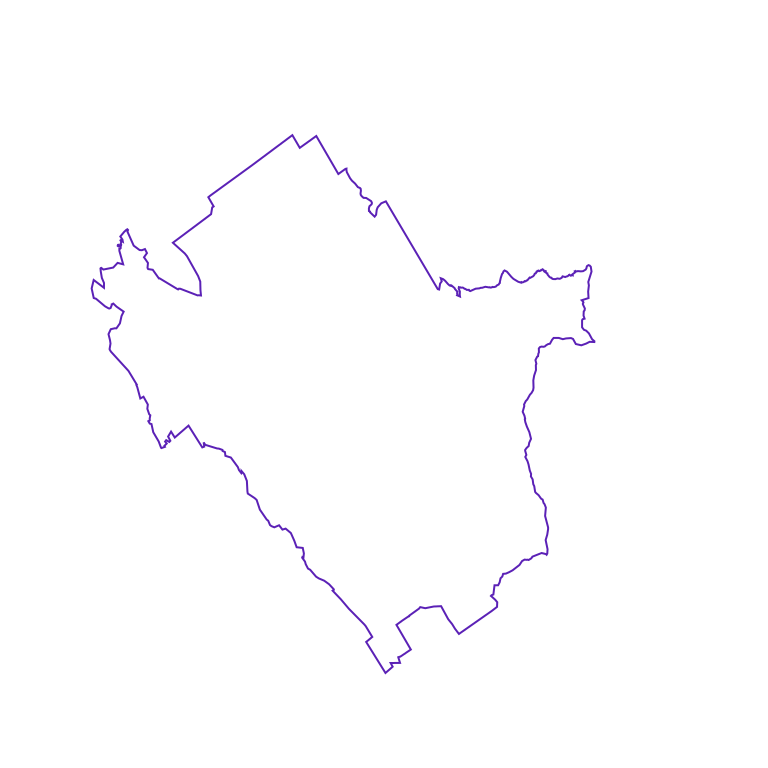 outline of Rendas pag., Kuldigas, Latvia, rotated 66°
{"feature_id": "27541924B10762740243269", "entity_name": "Rendas pag.", "entity_type": "district", "adm_level": 2, "iso_a3": "LVA", "parent_name": "Latvia", "parent_adm1": "Kuldigas", "projection": "robinson", "projection_center": [22.21, 57.075], "detail": "fine", "context": "isolated", "style": "outline", "palette": "violet", "viewbox_px": 768, "rotation_deg": 66, "n_neighbors": 0, "source": "geoboundaries", "source_scale": "gbopen_adm2", "svg_char_len": 6153}
<svg xmlns="http://www.w3.org/2000/svg" viewBox="0 0 768 768"><g transform="rotate(66 384 384)"><path d="M635.1,377.6L633.6,371.4L629.4,369.3L626.2,370.2L621.1,372.5L620.7,371.7L620.8,369.7L612.8,364.9L614.3,361.6L612.2,359.0L608.9,356.6L608.0,354.2L605.9,352.4L606.8,349.7L606.8,346.2L606.5,342.3L604.4,333.8L601.9,329.9L601.6,327.0L602.6,325.3L602.9,324.3L603.6,323.5L603.2,320.4L602.1,318.6L602.5,308.8L605.3,305.2L606.1,304.9L605.3,303.8L601.5,301.8L592.3,299.8L588.1,296.2L583.3,293.1L581.7,292.4L570.1,290.5L562.7,286.4L559.1,286.2L557.6,286.6L554.1,286.1L552.7,287.1L548.4,288.0L545.3,289.5L544.0,289.8L538.4,288.3L536.3,288.4L531.6,287.0L528.2,287.4L526.0,286.2L522.3,286.0L516.3,284.7L512.9,284.3L508.1,284.6L506.7,282.8L502.4,282.2L501.6,281.8L500.4,279.7L499.5,277.1L496.7,275.2L493.9,272.0L487.1,270.8L481.0,270.8L476.4,270.4L473.4,269.7L473.2,269.2L470.1,268.6L465.8,268.6L461.2,264.8L459.7,264.4L457.9,262.2L457.3,261.5L456.4,259.4L453.1,255.0L452.2,252.9L450.3,250.3L448.2,248.9L441.4,246.1L437.4,243.4L433.1,239.5L428.5,237.6L427.5,236.6L423.7,235.9L421.3,232.9L421.3,232.0L419.1,230.7L418.1,229.6L414.5,228.1L413.7,226.4L413.9,224.9L414.9,223.1L415.1,221.8L414.5,219.9L414.3,217.8L414.7,216.0L412.0,212.5L410.9,210.3L413.0,205.6L415.8,202.4L416.4,199.2L418.1,194.5L419.7,193.0L425.5,192.5L428.9,188.0L429.3,182.9L429.1,179.0L431.2,174.8L430.5,174.4L427.7,175.7L421.1,176.2L417.5,177.6L415.8,179.3L412.8,180.0L406.3,177.1L405.6,176.1L405.9,174.2L402.7,173.9L398.9,172.0L398.3,170.8L396.7,169.8L392.1,169.9L391.2,169.5L390.8,168.7L389.8,168.6L387.9,169.3L388.7,162.2L382.6,159.9L377.2,156.7L373.9,155.9L365.7,148.7L361.0,147.4L359.5,147.9L358.6,148.8L358.8,150.4L359.2,151.0L360.7,152.1L361.5,153.2L361.9,156.2L361.2,158.3L359.7,161.0L359.4,162.8L358.9,163.0L359.1,163.3L358.7,163.9L359.8,164.3L360.4,167.1L361.5,167.4L360.8,168.3L361.1,169.0L361.0,169.4L359.6,170.1L359.6,170.7L360.0,171.4L360.2,172.7L360.0,173.5L360.0,174.9L358.3,177.1L359.2,178.4L359.4,180.0L359.3,180.8L358.1,182.7L357.9,184.8L356.8,187.0L355.9,187.7L355.0,187.8L354.6,188.6L353.4,189.3L350.4,190.1L349.4,189.8L349.2,190.2L347.7,191.0L346.8,190.3L346.4,190.7L346.8,191.5L346.7,191.7L345.2,192.1L344.6,191.9L343.7,192.5L343.9,193.1L343.7,193.8L344.1,194.2L343.9,194.9L344.2,195.6L344.0,196.4L343.2,196.8L343.3,197.4L343.1,197.8L343.6,198.4L343.4,198.9L344.6,200.3L344.5,201.4L345.5,202.4L346.2,203.8L346.5,207.3L346.0,207.7L347.6,210.9L347.4,211.6L347.8,212.9L347.2,213.7L347.7,214.9L347.4,216.5L346.9,216.9L347.1,217.3L346.7,217.4L346.8,218.0L345.2,219.8L340.6,223.0L337.9,224.1L331.4,226.0L329.3,227.7L329.7,229.0L331.0,230.3L331.5,231.4L334.6,234.2L337.8,236.6L338.8,237.0L338.9,237.6L339.8,238.8L339.8,240.5L340.5,242.3L340.2,244.2L339.4,245.5L339.6,246.3L339.1,247.8L338.6,248.1L338.4,248.9L336.4,251.9L336.0,255.3L335.5,256.3L335.4,258.0L334.2,261.5L334.2,267.4L333.6,268.0L332.5,268.1L331.7,270.1L330.2,271.0L329.8,271.7L328.4,272.4L327.8,273.1L327.3,274.6L326.5,275.2L326.4,275.8L326.0,276.2L327.0,276.9L330.4,277.1L333.5,278.6L335.0,279.0L332.6,281.2L331.8,280.3L330.7,280.3L329.6,279.4L326.2,280.5L325.1,280.5L321.4,282.3L321.2,282.5L321.7,282.8L320.7,284.0L318.7,284.9L314.5,286.2L312.3,287.3L310.5,289.1L313.7,289.5L315.1,291.9L320.1,295.2L319.2,296.3L217.9,308.0L217.8,313.0L220.0,317.9L221.9,319.8L226.2,322.4L227.3,324.5L221.4,326.9L220.8,326.6L219.9,327.4L217.5,326.4L215.7,325.0L214.8,322.3L214.2,321.7L213.3,321.3L211.7,321.4L206.8,324.6L205.6,327.0L203.3,328.0L201.7,328.3L200.3,327.9L198.1,326.5L196.1,325.9L195.2,326.2L193.5,327.8L189.1,328.9L185.2,330.6L182.2,331.3L175.4,331.8L173.2,331.3L172.0,330.7L171.8,331.7L173.6,340.3L129.9,345.0L134.0,364.9L119.4,366.5L130.7,416.5L141.2,465.9L141.9,468.5L152.5,467.4L152.8,469.1L158.5,472.9L169.1,519.4L183.7,512.9L187.1,512.0L209.8,509.9L215.7,510.2L223.6,513.5L228.7,515.2L227.6,517.1L227.2,518.3L214.1,531.4L213.5,532.6L213.9,533.5L213.6,533.9L196.1,546.1L196.0,546.7L185.6,548.8L183.1,552.7L181.7,552.8L177.4,550.4L170.6,551.7L168.0,547.3L163.5,547.5L163.3,550.8L162.2,552.8L155.8,556.4L140.4,556.4L139.2,555.2L138.2,555.6L138.4,556.8L139.3,559.4L142.0,564.9L145.7,564.2L147.7,564.7L144.8,566.4L147.4,566.2L148.7,567.5L149.5,567.3L150.6,567.9L150.7,568.3L148.7,570.1L148.7,570.5L149.3,571.0L149.6,571.1L150.5,570.5L151.2,569.0L151.6,568.8L152.8,569.3L153.1,570.0L152.9,570.8L154.7,571.6L168.6,573.6L165.0,578.1L167.5,584.0L165.3,593.8L162.9,595.1L162.9,595.6L163.1,596.0L166.1,597.0L172.3,598.6L177.8,598.7L182.2,600.7L170.9,606.9L177.8,612.2L187.4,614.2L189.0,612.4L199.5,607.3L202.8,604.9L203.3,604.3L203.4,602.9L200.9,600.3L200.5,600.3L200.4,598.6L204.5,596.9L212.0,592.4L215.1,596.1L221.2,600.6L224.3,605.8L223.6,607.3L222.8,611.3L226.4,615.4L232.6,616.5L235.8,617.4L240.5,620.5L241.1,620.6L243.4,620.3L268.1,612.1L284.0,610.1L284.1,610.6L286.7,610.7L298.1,612.5L297.8,608.9L306.7,608.1L310.4,610.3L316.2,610.8L317.5,610.2L320.1,612.0L322.0,612.8L322.1,614.4L324.9,614.1L326.0,612.7L334.2,614.4L344.9,613.2L351.5,613.6L352.0,613.4L352.3,609.7L351.2,609.8L350.0,606.7L347.6,607.4L346.7,605.8L349.6,603.7L349.0,602.3L344.2,602.6L340.9,597.9L347.8,596.9L342.5,579.5L368.0,575.8L368.1,573.7L364.0,572.5L366.9,572.0L375.0,562.7L375.9,561.1L378.5,558.4L379.5,558.7L381.5,557.0L385.1,558.1L388.9,553.8L400.5,551.3L403.6,551.5L407.5,550.6L406.8,549.6L406.1,549.4L409.6,548.4L416.8,548.7L426.7,552.5L428.7,553.0L435.6,548.6L438.1,547.5L448.3,548.5L460.1,546.3L461.8,545.4L466.5,545.5L468.1,544.6L470.3,542.5L470.4,537.3L475.7,536.0L476.1,532.7L482.3,529.7L490.7,529.7L497.6,530.2L500.7,524.9L506.2,526.1L510.5,528.6L509.1,529.1L509.4,529.4L514.1,528.4L516.8,528.8L521.7,528.5L523.7,527.0L532.4,524.4L535.1,522.6L539.4,518.6L544.6,515.6L551.0,513.4L551.6,513.5L551.9,515.0L563.1,511.0L575.1,507.5L595.6,499.8L597.7,499.2L610.3,497.6L612.4,505.2L648.6,500.2L645.8,491.1L641.6,491.4L645.3,482.8L639.4,482.1L639.5,480.9L639.7,480.0L637.5,467.5L609.1,470.6L607.6,463.7L606.4,456.9L606.4,455.7L606.1,455.7L605.8,454.8L603.4,443.2L602.6,441.9L602.6,441.6L605.6,437.5L607.5,429.1L610.2,422.2L625.0,421.0L631.1,419.4L636.4,418.7L642.8,417.2L635.1,377.6Z" fill="none" stroke="#5b21b6" stroke-width="2"/></g></svg>